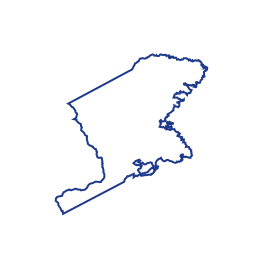 the district of Besiko, Ngöbe Buglé, Panama, rotated 242°
{"feature_id": "35544464B66777465067959", "entity_name": "Besiko", "entity_type": "district", "adm_level": 2, "iso_a3": "PAN", "parent_name": "Panama", "parent_adm1": "Ngöbe Buglé", "projection": "robinson", "projection_center": [-82.066, 8.549], "detail": "fine", "context": "isolated", "style": "outline", "palette": "blue", "viewbox_px": 256, "rotation_deg": 242, "n_neighbors": 0, "source": "geoboundaries", "source_scale": "gbopen_adm2", "svg_char_len": 5894}
<svg xmlns="http://www.w3.org/2000/svg" viewBox="0 0 256 256"><g transform="rotate(242 128 128)"><path d="M73.9,160.0L74.4,161.2L77.5,161.5L78.0,161.4L78.3,160.3L78.8,162.4L79.2,162.3L79.2,163.5L78.9,164.0L78.4,163.9L77.0,162.6L76.2,163.2L76.0,164.8L75.5,165.0L75.6,165.6L72.8,168.3L72.4,169.3L73.3,169.8L73.4,171.0L73.9,171.8L75.6,171.8L76.4,172.5L77.5,172.6L77.8,173.0L78.6,172.9L78.8,173.3L80.4,173.0L80.9,172.4L82.5,172.9L83.9,171.4L84.1,170.3L85.2,171.4L87.1,171.1L87.9,171.7L88.9,170.9L89.2,170.9L89.5,170.0L90.9,171.7L91.6,171.9L91.6,171.1L92.2,171.1L91.8,170.6L92.3,169.4L92.7,169.8L93.8,170.0L94.0,170.9L94.7,170.6L95.0,171.1L96.5,169.0L97.8,167.9L98.4,168.8L98.2,169.6L97.8,169.7L98.7,171.1L100.4,170.2L101.0,170.2L100.9,169.6L102.7,168.4L105.1,168.4L105.0,168.0L106.0,167.0L106.3,166.1L106.5,164.1L107.2,163.6L107.0,164.4L107.3,164.7L107.2,165.4L107.5,165.3L107.7,166.6L108.5,167.2L109.3,167.0L109.3,165.3L109.9,164.5L109.7,164.0L109.9,163.8L111.0,164.0L111.8,165.1L111.9,166.9L110.8,168.7L110.7,169.7L111.1,170.0L112.8,168.3L113.2,167.6L114.0,167.5L113.9,166.5L114.8,165.5L114.8,165.1L114.3,164.8L113.6,166.2L112.6,164.6L112.2,164.6L111.9,165.0L111.7,164.5L110.8,163.7L111.5,163.3L111.8,162.4L110.7,162.0L110.4,162.6L109.6,163.0L108.6,162.4L108.5,161.7L109.2,161.0L112.4,159.8L112.4,158.6L114.2,156.5L116.2,159.0L116.8,158.9L117.3,159.7L118.7,159.0L119.1,159.1L119.7,160.7L119.4,160.8L118.7,160.4L118.2,160.6L116.8,163.4L116.7,164.2L117.0,164.7L117.6,164.5L118.1,165.0L118.8,165.0L119.7,166.6L119.7,166.9L119.2,167.6L119.9,168.7L119.8,169.7L120.4,169.8L120.9,169.0L121.5,169.3L121.7,173.5L122.2,174.8L122.2,176.4L123.2,176.7L124.6,178.1L125.3,179.4L126.1,179.6L125.7,179.9L124.9,179.7L124.4,180.8L122.8,182.1L123.4,183.6L125.3,184.8L126.3,184.5L127.1,183.5L127.5,183.5L127.2,185.3L126.8,186.2L126.9,187.6L126.1,189.3L126.2,190.3L126.8,190.6L126.6,190.1L127.0,189.9L127.1,189.4L126.8,189.2L127.1,188.9L127.6,188.9L127.8,187.8L128.7,187.3L129.3,187.4L129.9,186.8L130.0,186.3L131.7,185.8L133.4,182.5L135.7,185.0L135.3,186.6L136.1,187.2L136.2,187.6L134.7,188.6L134.1,189.7L134.5,190.4L135.4,190.4L135.9,191.6L134.2,192.0L133.7,193.2L134.0,194.0L132.9,194.3L132.7,194.8L131.1,195.9L130.4,195.4L129.5,195.6L130.2,196.2L130.4,197.2L130.4,198.3L129.7,198.9L130.1,200.0L131.7,201.9L132.8,200.6L137.0,200.2L138.8,199.4L139.9,198.0L140.5,197.9L140.9,198.2L140.6,199.3L140.3,199.2L138.0,200.9L137.9,201.4L137.0,202.0L136.7,203.1L135.6,203.8L135.9,205.3L135.4,206.1L135.0,206.5L134.5,206.2L134.2,207.0L133.8,207.1L133.5,205.6L132.2,207.0L132.4,207.8L134.1,208.6L134.5,209.4L136.0,209.3L136.4,209.6L136.2,210.6L134.6,211.6L134.2,212.8L136.0,214.6L136.2,216.4L137.7,217.1L137.6,219.1L138.4,218.5L138.9,218.6L139.0,219.0L138.4,219.8L141.8,221.3L142.4,222.5L141.9,223.4L142.5,224.1L142.4,225.2L143.7,226.0L144.7,223.8L144.9,225.8L146.1,225.0L146.4,224.3L146.8,224.2L146.6,223.3L146.8,222.8L148.3,224.0L149.4,223.6L148.3,222.9L148.3,222.6L148.8,222.3L149.5,222.4L150.2,223.2L151.0,223.5L153.2,223.0L153.4,222.3L154.6,222.4L154.8,222.1L155.0,220.3L156.0,219.7L156.4,218.0L156.3,216.7L157.6,216.7L157.4,215.3L159.4,214.8L159.1,213.5L160.3,213.5L160.8,212.9L162.2,212.3L163.5,209.8L162.7,208.5L163.4,207.4L163.3,206.2L164.4,205.2L165.3,204.6L165.3,203.4L167.6,203.4L168.5,201.1L169.4,201.4L169.9,201.3L169.9,200.0L170.8,199.7L171.2,199.1L169.9,198.2L170.2,197.4L171.0,197.1L172.0,198.1L172.9,198.2L172.8,197.3L173.5,196.7L173.6,195.7L174.4,195.9L175.3,195.2L175.6,193.7L177.8,191.1L177.1,189.3L177.5,188.1L178.3,187.3L179.0,187.3L178.8,186.5L179.5,185.2L180.2,185.2L181.4,184.3L181.6,181.5L181.5,180.7L181.1,180.2L181.4,179.0L181.1,178.2L181.3,177.7L180.9,177.2L181.6,175.0L182.9,173.6L183.1,172.2L183.6,171.4L183.3,170.5L181.8,168.5L182.1,167.5L181.6,166.1L181.7,164.5L180.5,163.3L180.2,162.5L177.8,159.2L177.6,86.7L176.0,87.7L172.8,88.4L172.0,89.2L168.1,89.6L166.3,89.1L164.7,89.8L164.2,89.6L161.6,87.2L161.2,85.7L161.2,84.4L159.5,86.4L158.7,85.9L156.7,86.5L155.2,87.0L153.7,88.2L151.4,87.3L150.3,87.6L148.9,86.1L147.8,85.6L144.6,86.9L141.8,86.8L140.1,88.0L137.1,86.2L134.6,85.8L133.0,85.1L130.2,86.2L129.6,87.1L128.8,87.4L128.0,88.3L127.2,88.1L125.0,88.9L124.5,89.7L122.6,89.5L122.0,89.1L121.3,89.4L119.5,87.8L116.5,87.3L115.2,88.4L114.4,90.5L114.0,90.7L112.9,90.6L112.1,90.1L110.4,89.7L109.2,88.7L108.4,88.9L107.8,88.1L106.4,87.7L105.7,87.0L104.9,87.2L101.6,86.3L100.3,85.4L98.5,85.5L95.9,84.2L95.1,83.3L94.2,81.3L94.0,80.0L93.0,78.9L93.3,77.9L95.8,74.4L96.0,70.6L96.6,68.6L96.3,66.5L94.3,63.4L93.8,60.7L94.2,59.9L95.0,57.2L95.9,57.0L97.3,54.7L98.9,53.5L99.7,48.7L100.2,47.8L101.0,47.6L101.4,47.0L101.2,46.2L101.7,44.3L101.4,43.1L101.5,40.9L100.7,40.0L100.3,39.1L99.1,38.1L100.3,33.7L100.3,32.8L99.6,31.3L97.6,30.0L94.5,31.2L92.7,30.3L88.6,30.7L86.3,30.4L85.6,30.5L85.4,31.3L82.7,30.4L82.3,99.4L84.4,101.2L84.8,103.4L85.3,103.8L85.8,104.9L84.9,106.0L85.2,106.9L84.8,108.0L85.0,109.1L84.8,111.6L81.8,109.8L82.3,112.7L81.1,113.5L81.6,115.5L81.2,117.0L79.7,117.1L78.7,119.6L78.5,121.1L77.9,121.7L76.9,124.8L75.9,126.2L76.1,127.4L76.5,127.4L76.4,129.0L76.7,130.0L77.6,130.8L77.5,131.8L78.5,132.5L78.3,133.2L78.7,135.5L79.5,135.8L79.7,136.4L80.2,136.4L80.5,135.2L80.4,133.7L79.4,133.6L79.1,133.1L79.4,131.5L81.7,131.2L81.1,127.8L79.8,124.6L81.4,117.9L83.9,117.2L86.2,117.0L86.9,118.5L86.4,119.7L86.5,120.3L88.2,122.4L88.5,121.3L89.8,120.7L90.6,119.6L91.0,118.3L91.7,118.1L92.0,117.4L94.4,116.3L95.2,119.2L94.8,123.1L93.4,123.5L93.0,121.1L91.5,122.2L90.3,122.5L90.6,124.6L88.9,125.1L88.0,125.7L87.6,126.9L87.9,128.8L87.0,131.7L86.3,132.6L84.5,132.3L81.7,132.6L81.6,135.0L84.0,135.9L85.8,138.3L85.9,139.6L86.4,140.7L85.8,141.9L86.2,143.1L84.0,143.2L82.7,143.6L81.7,144.2L81.3,145.6L81.7,147.0L81.1,148.3L79.4,149.3L78.2,150.9L77.2,151.3L75.1,153.3L74.7,155.1L75.1,155.4L74.7,155.7L74.9,156.5L74.0,157.3L74.2,157.9L74.0,158.5L74.8,159.5L73.9,160.0Z" fill="none" stroke="#1e3a8a" stroke-width="2"/></g></svg>